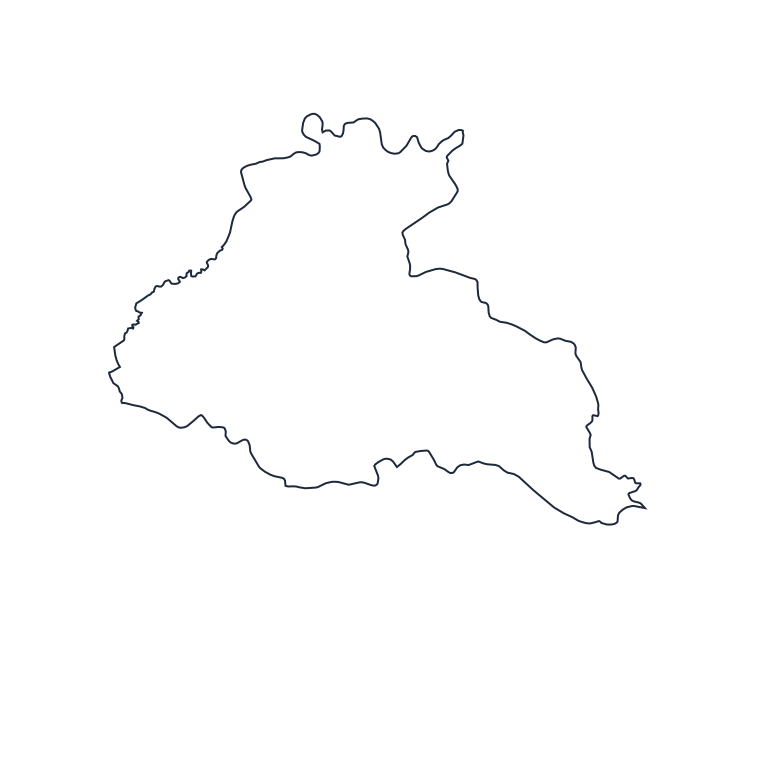 the district of Wiang Chiang Rung, Chiang Rai, Thailand, rotated 52°
{"feature_id": "78962969B94176504634652", "entity_name": "Wiang Chiang Rung", "entity_type": "district", "adm_level": 2, "iso_a3": "THA", "parent_name": "Thailand", "parent_adm1": "Chiang Rai", "projection": "mercator", "projection_center": [100.013, 20.012], "detail": "fine", "context": "isolated", "style": "outline", "palette": "slate", "viewbox_px": 768, "rotation_deg": 52, "n_neighbors": 0, "source": "geoboundaries", "source_scale": "gbopen_adm2", "svg_char_len": 6165}
<svg xmlns="http://www.w3.org/2000/svg" viewBox="0 0 768 768"><g transform="rotate(52 384 384)"><path d="M642.4,254.8L636.2,255.2L634.2,256.3L630.2,259.5L627.9,260.5L625.4,260.4L621.6,259.4L621.1,258.9L620.9,258.1L623.2,251.6L623.3,250.4L622.1,247.2L621.5,244.2L620.9,243.5L620.0,243.3L617.3,246.6L616.3,246.8L613.6,245.7L611.9,245.4L610.7,246.5L608.7,249.9L604.7,250.4L604.1,251.6L603.9,256.2L603.1,257.2L592.0,260.7L584.9,266.0L580.7,268.6L577.6,268.5L574.6,267.3L565.3,262.1L560.4,260.8L553.9,255.9L551.4,252.5L549.3,251.9L542.7,251.1L542.0,250.7L541.7,249.7L541.8,245.1L541.4,242.9L540.8,242.0L537.8,239.7L537.3,238.9L537.5,238.2L540.8,235.5L540.7,234.7L539.0,232.8L535.5,230.7L532.9,228.3L531.1,227.2L524.6,224.6L515.0,222.2L504.7,221.0L495.2,219.4L492.9,218.5L487.8,215.6L480.4,215.2L477.8,214.4L473.3,210.4L470.8,209.6L468.9,209.6L465.8,210.7L462.0,214.2L457.1,217.1L455.6,218.3L454.0,220.9L452.8,223.7L451.2,230.3L449.7,232.2L446.2,234.2L441.8,236.2L435.0,238.5L428.9,240.2L420.1,244.2L415.6,246.7L411.1,249.8L406.5,254.2L402.3,256.2L397.8,258.9L395.7,259.0L392.2,257.6L387.2,254.1L385.2,253.4L382.9,253.8L379.5,256.6L377.9,256.9L375.5,256.6L372.0,255.1L365.1,250.5L361.5,247.7L359.4,247.2L357.4,247.6L353.4,250.8L339.9,259.1L329.6,266.8L327.3,269.2L325.2,272.7L321.5,282.0L319.8,289.8L319.0,292.1L315.9,296.2L314.9,296.7L313.6,296.6L312.6,296.0L309.5,292.7L306.8,290.5L304.5,289.4L297.9,287.1L295.2,283.7L294.0,282.9L293.0,282.4L287.1,281.0L283.2,278.6L278.1,277.4L276.0,276.3L275.4,274.8L275.2,271.2L276.6,251.3L276.8,242.8L278.2,232.7L281.5,223.6L281.9,221.5L281.6,218.6L277.9,208.2L277.3,207.1L275.9,206.0L273.0,205.3L270.3,204.9L260.3,204.3L258.1,203.7L255.1,202.3L249.2,198.7L247.7,195.8L244.0,195.1L243.1,193.4L242.2,186.4L242.3,182.8L243.0,177.0L242.9,174.3L237.0,168.3L234.3,167.1L233.0,165.9L231.5,166.7L229.8,168.8L228.7,173.2L229.5,177.4L229.8,181.9L228.7,185.9L228.3,188.8L228.7,193.0L230.0,196.8L230.4,199.3L230.1,201.8L229.0,204.6L228.0,205.9L226.0,207.6L222.0,209.0L220.2,209.0L215.3,208.1L209.9,206.0L207.8,206.7L206.5,208.3L206.4,209.7L206.6,210.9L210.1,219.6L211.3,228.4L211.1,230.5L209.1,233.9L206.2,236.4L203.7,237.8L201.2,238.6L197.3,239.1L193.8,238.2L183.4,232.2L179.9,230.8L172.6,230.2L169.1,231.0L167.0,231.8L164.4,233.7L161.5,237.7L159.5,241.5L159.1,247.1L156.0,251.6L155.1,253.9L155.2,255.3L155.9,256.8L159.3,259.8L161.5,262.4L162.6,264.9L162.2,266.4L157.8,269.9L152.7,270.2L150.7,270.8L148.4,273.9L147.9,277.4L145.3,276.2L142.3,273.1L140.4,271.6L138.9,270.9L134.2,270.4L130.8,271.0L128.5,272.2L127.1,274.1L126.4,275.8L125.6,280.1L126.0,282.8L128.4,286.9L133.6,292.3L135.1,293.2L138.0,293.7L141.1,293.4L149.8,289.0L155.0,287.0L157.1,288.2L160.5,291.1L161.1,291.8L161.6,293.3L161.5,296.0L159.5,300.4L157.6,302.0L153.9,303.6L151.1,305.7L148.9,308.2L147.4,310.6L147.0,313.8L147.2,317.1L146.3,320.2L144.2,324.3L138.9,331.2L135.3,338.7L134.1,342.6L132.5,345.4L131.5,349.4L128.9,354.5L127.8,357.5L127.2,360.5L127.1,362.9L127.6,364.7L128.9,366.2L141.1,371.4L144.2,372.4L154.9,374.1L157.1,375.0L157.5,376.2L158.3,385.0L157.7,394.0L158.5,396.8L159.7,399.3L162.7,403.6L169.9,412.2L174.6,420.4L176.0,425.1L176.2,427.5L177.9,427.7L178.6,428.9L177.9,431.3L178.1,434.5L179.2,436.6L181.4,438.8L181.8,440.1L181.4,440.9L179.0,443.2L178.4,445.0L178.4,446.1L178.6,448.1L179.0,448.8L182.2,449.6L183.1,450.3L183.5,451.2L184.0,455.4L181.8,456.5L181.1,457.5L183.2,459.0L183.6,459.7L183.5,460.2L182.4,461.3L181.9,463.2L183.1,466.3L181.2,469.0L180.4,469.4L178.2,468.2L176.1,466.2L175.6,466.3L175.2,466.9L174.8,468.0L175.5,469.0L175.2,471.2L175.7,471.9L177.3,473.0L177.6,475.1L176.7,477.3L174.7,478.2L173.9,478.9L173.6,480.4L174.5,481.5L177.8,481.9L177.8,484.6L176.5,487.1L174.3,489.4L173.4,489.7L170.6,489.4L169.6,489.8L168.5,492.6L168.4,494.0L169.8,496.9L170.1,499.3L169.3,500.7L167.1,502.4L166.6,503.9L167.6,506.2L169.1,507.9L169.5,508.9L169.1,510.4L169.6,512.9L169.0,515.3L168.7,523.0L168.0,529.5L170.7,533.2L173.4,534.3L174.3,534.0L175.2,533.2L177.1,532.7L178.8,531.0L180.0,533.7L179.8,535.3L180.0,536.2L182.0,537.4L182.2,539.7L183.9,539.2L184.9,539.6L184.3,543.4L182.9,544.5L182.4,545.9L183.3,546.6L184.8,546.4L185.6,547.1L185.8,547.6L184.3,548.5L182.7,551.5L184.1,553.2L185.0,555.4L184.7,557.0L186.4,559.2L188.9,561.1L189.5,562.2L188.7,573.9L195.8,578.0L200.2,579.9L204.7,581.2L208.0,581.6L206.8,590.4L205.8,593.7L209.7,595.3L216.7,596.7L222.1,595.1L224.3,595.6L227.1,596.8L230.6,596.8L234.0,598.7L235.0,600.7L235.7,601.5L237.6,602.1L239.9,599.5L246.4,594.5L251.7,589.9L255.8,587.1L258.9,585.9L261.2,584.5L265.5,581.4L269.1,579.3L277.0,576.0L289.3,573.5L291.5,572.7L293.3,571.2L295.0,568.4L296.0,565.3L295.8,557.0L295.3,550.3L295.7,547.5L296.5,546.9L299.6,546.6L305.8,547.1L311.8,546.5L313.2,545.3L316.1,540.6L319.1,537.5L320.3,536.9L321.6,537.0L324.1,538.0L327.4,540.9L333.1,541.3L335.5,540.9L337.3,540.0L339.3,538.2L340.2,536.3L341.0,530.8L341.6,528.7L342.7,527.2L344.4,526.5L345.5,526.4L349.6,527.6L354.7,530.8L357.1,531.5L372.6,533.5L374.8,533.2L379.9,531.8L385.5,529.4L388.8,527.4L395.4,521.9L397.0,521.2L399.0,521.4L403.6,524.3L405.8,522.6L408.6,518.7L410.7,516.3L413.2,514.4L417.7,510.2L423.7,501.4L424.6,499.3L426.3,491.1L428.8,485.7L430.2,483.6L433.0,480.4L441.7,473.8L446.5,463.7L447.7,462.0L450.1,460.0L455.3,456.7L457.5,455.0L458.6,453.5L458.9,451.8L458.4,450.2L454.9,446.5L452.7,445.2L442.7,442.2L442.0,440.8L442.0,437.0L442.8,431.7L443.3,430.0L444.2,428.2L446.7,425.9L447.8,425.2L450.8,424.6L457.4,424.9L457.3,420.2L456.7,414.2L456.8,410.3L457.6,405.1L456.9,402.6L456.9,401.0L459.4,396.3L462.7,391.3L464.0,390.4L465.6,390.3L474.7,391.4L479.5,392.5L481.6,392.5L488.5,388.7L493.1,387.4L495.0,386.5L496.3,384.7L496.5,383.2L494.8,377.6L495.0,373.9L496.7,370.6L500.0,367.1L502.8,358.0L503.4,357.2L508.1,354.3L511.0,351.9L516.2,346.2L519.3,344.0L525.7,342.8L529.8,341.3L534.9,337.1L540.0,334.9L559.4,331.7L586.0,326.0L596.4,322.0L604.9,317.6L611.5,315.0L615.1,312.7L618.6,309.9L620.8,307.4L623.0,302.6L624.3,299.0L625.6,298.4L627.4,298.2L631.8,295.0L634.2,292.1L636.1,288.8L636.5,285.8L636.2,284.7L631.5,280.4L630.3,277.9L630.0,273.3L630.5,268.9L632.5,264.4L633.8,262.3L642.4,254.8Z" fill="none" stroke="#1e293b" stroke-width="2"/></g></svg>